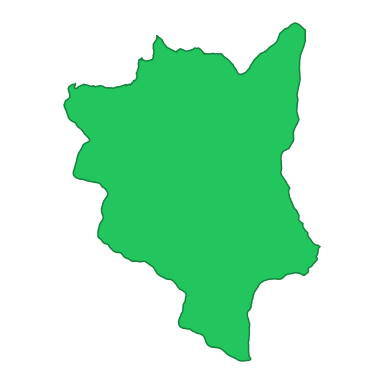 the district of Cepitá, Santander, Colombia
{"feature_id": "7082276B75602648241124", "entity_name": "Cepitá", "entity_type": "district", "adm_level": 2, "iso_a3": "COL", "parent_name": "Colombia", "parent_adm1": "Santander", "projection": "orthographic", "projection_center": [-72.934, 6.746], "detail": "fine", "context": "isolated", "style": "filled", "palette": "green", "viewbox_px": 384, "rotation_deg": 0, "n_neighbors": 0, "source": "geoboundaries", "source_scale": "gbopen_adm2", "svg_char_len": 5842}
<svg xmlns="http://www.w3.org/2000/svg" viewBox="0 0 384 384"><path d="M178.6,322.1L179.0,324.9L179.6,326.0L180.2,326.7L182.7,328.1L183.4,328.3L185.0,328.4L186.9,328.9L188.9,329.0L189.9,329.2L190.8,329.7L191.6,330.5L194.0,331.6L196.5,333.0L198.4,333.5L200.3,333.9L201.6,334.5L202.9,335.5L204.0,336.5L205.2,339.3L205.8,341.6L207.0,344.0L208.1,345.2L210.7,346.8L212.2,347.2L215.3,347.4L218.9,347.9L220.5,348.5L223.2,350.3L225.7,352.6L226.7,353.8L228.1,354.8L233.8,357.7L235.8,358.5L238.7,360.4L240.4,360.8L242.4,361.0L249.7,360.2L250.8,359.0L249.9,357.5L249.0,355.7L248.6,352.3L248.6,345.4L248.3,342.4L248.9,339.9L249.0,336.3L249.4,332.8L249.3,329.0L249.6,324.1L249.5,323.2L249.0,322.4L248.3,318.6L247.5,317.0L247.3,314.7L247.4,312.5L248.4,310.8L250.1,309.2L251.2,306.5L251.0,305.6L251.1,305.0L251.8,302.7L251.8,300.5L252.9,298.5L253.0,297.6L252.9,296.9L254.3,292.3L257.9,287.0L259.4,284.1L260.7,282.9L263.9,280.8L266.2,280.2L267.2,279.6L269.8,279.2L275.1,278.8L277.0,279.1L279.5,279.2L280.9,279.0L282.4,278.1L285.2,275.6L286.3,274.8L287.6,274.3L289.0,273.9L293.3,273.3L294.5,272.8L295.5,272.7L299.4,273.3L300.8,273.8L302.6,275.0L303.4,275.3L304.0,275.3L304.7,275.1L308.1,272.2L308.3,271.3L308.4,270.3L308.1,269.3L308.3,268.5L309.1,267.6L311.7,266.2L314.0,263.0L315.2,262.0L316.9,259.9L317.3,258.8L316.9,257.8L316.2,256.9L316.5,256.0L317.0,255.4L317.8,253.3L318.1,249.3L319.1,247.4L319.9,246.8L319.2,246.3L318.7,245.7L318.0,245.3L316.5,245.2L314.9,244.5L313.8,243.8L313.1,243.2L310.4,239.2L308.7,237.3L307.9,235.5L307.7,232.8L307.1,232.2L305.6,230.8L303.1,227.3L302.8,226.3L302.9,223.4L302.5,223.0L301.1,222.4L299.3,220.9L298.7,219.6L299.0,215.7L298.5,214.5L297.7,213.4L297.2,211.4L296.3,210.2L295.1,209.1L293.9,207.5L291.8,202.4L290.9,200.5L290.6,199.2L290.2,198.2L289.3,197.0L289.2,195.1L289.0,193.9L288.6,193.0L288.6,190.9L288.9,189.7L289.8,188.2L287.8,185.0L286.9,183.8L286.2,182.1L282.7,176.9L281.5,175.0L280.7,172.2L281.5,169.5L281.5,167.3L281.0,159.1L281.0,156.2L282.1,153.0L283.6,151.0L286.1,149.9L288.9,148.4L290.3,145.8L293.5,140.7L293.6,138.2L293.3,132.2L295.0,127.6L296.9,124.2L298.2,121.3L298.9,119.5L296.7,111.4L297.2,104.7L297.9,99.3L296.9,95.7L297.9,89.8L300.1,79.5L299.4,67.8L299.7,60.5L300.3,55.6L303.9,46.0L305.2,41.0L305.3,29.9L304.0,29.1L300.0,25.3L297.3,23.6L294.8,23.0L291.2,24.8L290.0,26.0L288.1,27.8L284.7,29.0L282.2,31.5L279.9,33.4L277.1,41.3L274.6,44.0L269.6,47.3L266.5,50.5L263.9,52.2L260.3,53.7L257.8,56.4L254.3,59.9L250.6,65.6L249.4,68.2L245.6,72.5L242.7,73.8L241.1,74.4L239.0,74.2L237.9,73.4L237.4,72.6L236.3,70.0L234.0,66.8L232.8,64.3L231.7,63.7L230.3,61.8L228.4,59.9L225.2,57.6L224.4,56.9L223.5,56.2L222.6,55.0L221.2,53.7L220.2,53.7L219.3,54.0L216.3,53.8L215.3,54.0L213.1,53.4L209.6,54.0L208.5,53.9L206.4,53.9L205.1,53.4L204.6,53.5L204.0,53.9L203.1,52.1L202.1,51.3L200.6,49.4L199.7,49.0L199.0,48.3L198.3,48.0L196.6,48.5L195.1,48.0L194.6,48.1L194.2,48.3L193.5,49.1L191.8,49.7L191.4,50.2L188.5,50.6L186.8,51.2L185.7,51.1L182.6,49.6L181.5,49.5L180.7,48.8L180.2,48.7L180.0,49.2L179.7,49.4L178.7,49.7L177.1,50.9L176.5,51.4L176.3,52.0L171.7,49.9L167.4,47.5L166.3,46.7L165.4,45.4L163.8,43.6L163.3,42.3L162.4,41.0L162.3,40.3L161.8,39.7L160.7,38.6L158.9,37.6L157.4,35.9L156.8,35.8L157.0,37.6L156.8,37.7L156.6,39.3L154.3,42.6L154.0,43.4L153.5,43.7L153.4,44.2L153.3,45.8L153.5,47.4L153.2,47.9L153.4,49.0L154.0,50.5L153.9,52.5L153.6,54.6L153.1,55.6L153.4,57.2L153.2,57.7L152.1,59.6L151.7,59.9L151.2,59.8L150.6,59.9L149.6,60.4L148.6,60.7L148.1,61.0L147.0,60.9L145.3,61.1L144.1,60.2L143.5,60.2L142.7,59.6L142.2,59.7L141.7,60.0L141.5,59.6L142.2,58.2L141.7,58.1L141.2,58.3L140.1,59.2L139.8,59.6L138.8,60.1L138.7,61.2L139.0,62.2L138.2,63.6L138.3,64.2L138.6,64.6L138.5,68.1L138.3,68.6L137.9,69.0L137.3,71.1L137.2,72.1L136.5,72.9L136.3,73.4L136.5,73.9L136.7,75.0L136.9,75.5L137.1,76.5L135.8,80.0L134.9,80.6L134.5,80.3L134.0,80.4L133.5,80.8L133.3,81.8L132.0,82.8L131.8,83.3L131.9,83.9L131.4,84.1L129.8,84.2L130.0,84.7L128.0,84.6L127.8,85.0L125.9,84.8L125.9,85.3L125.0,84.9L122.4,85.7L119.6,86.8L117.1,86.8L113.9,88.2L111.5,87.9L107.7,87.9L105.2,87.6L103.2,86.4L100.4,85.7L95.1,86.7L93.3,85.8L92.9,85.9L92.6,86.2L92.5,86.4L92.2,86.6L91.6,86.3L90.3,86.2L88.0,85.3L86.3,84.9L85.2,84.9L84.1,84.3L83.5,84.4L82.3,85.2L81.0,85.3L80.0,86.2L78.7,86.5L78.0,87.2L77.8,87.8L76.5,88.3L74.9,88.3L74.6,88.0L74.5,87.2L74.6,86.4L75.4,84.6L75.4,84.0L75.3,83.7L74.7,84.3L72.7,84.5L70.8,85.3L68.9,87.0L68.2,89.1L69.9,95.1L70.0,97.5L68.2,99.0L65.6,100.7L64.1,104.7L64.3,106.5L66.5,111.5L68.7,118.2L71.1,120.6L74.3,122.3L75.6,122.8L76.4,124.7L78.2,127.1L80.9,129.0L83.2,131.7L84.4,133.7L88.2,137.6L89.8,140.1L89.1,141.4L84.2,143.9L82.8,145.4L82.4,146.9L81.7,148.3L78.7,153.0L77.3,157.1L76.6,161.0L73.3,172.3L73.3,173.8L73.7,175.2L74.6,176.5L76.2,177.8L80.2,179.2L82.3,179.3L83.8,179.6L87.6,181.0L89.1,181.1L91.6,181.7L98.3,182.9L99.7,183.4L100.8,184.7L102.2,186.9L103.2,187.3L105.3,188.9L106.3,190.2L107.3,191.9L107.8,193.4L107.8,194.8L107.2,196.1L104.0,200.7L103.2,202.5L101.5,208.9L101.5,210.6L101.8,212.7L103.1,216.4L103.2,217.9L102.9,219.2L100.8,222.4L99.6,224.5L99.3,226.0L98.3,230.1L98.0,232.4L98.0,236.1L98.4,237.3L99.9,238.7L101.0,239.4L101.7,240.5L103.5,242.8L104.4,243.3L107.7,244.3L108.7,245.3L109.4,246.7L110.9,248.5L113.9,251.4L116.0,252.2L117.6,252.5L119.1,252.5L120.7,252.8L121.7,253.6L123.8,256.5L124.9,257.4L126.4,258.2L128.5,258.8L129.9,259.7L131.1,260.8L132.3,261.3L136.6,261.1L139.6,261.8L143.8,261.3L145.2,261.5L147.0,262.6L149.1,264.3L152.8,266.7L154.0,268.2L157.0,273.3L158.7,274.8L160.6,276.0L166.4,279.0L167.9,279.1L170.4,279.5L172.6,280.4L174.3,282.0L175.9,284.0L178.4,287.6L179.8,289.1L181.0,289.6L185.4,292.6L186.0,293.8L186.2,295.7L185.7,297.6L185.1,301.0L184.6,302.2L183.9,303.3L183.2,304.9L182.8,310.7L182.1,312.6L181.2,313.7L180.8,315.6L178.7,320.3L178.6,322.1Z" fill="#22c55e" stroke="#15803d" stroke-width="1.5"/></svg>